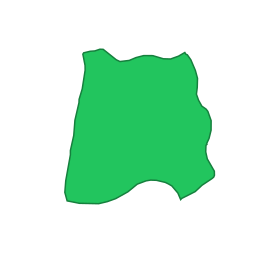 Colotenango, Huehuetenango, Guatemala, rotated 157°
{"feature_id": "79465075B36067757797746", "entity_name": "Colotenango", "entity_type": "district", "adm_level": 2, "iso_a3": "GTM", "parent_name": "Guatemala", "parent_adm1": "Huehuetenango", "projection": "mercator", "projection_center": [-91.718, 15.443], "detail": "fine", "context": "isolated", "style": "filled", "palette": "green", "viewbox_px": 256, "rotation_deg": 157, "n_neighbors": 0, "source": "geoboundaries", "source_scale": "gbopen_adm2", "svg_char_len": 936}
<svg xmlns="http://www.w3.org/2000/svg" viewBox="0 0 256 256"><g transform="rotate(157 128 128)"><path d="M212.5,84.7L202.2,77.7L184.6,69.8L175.8,68.3L166.9,67.8L153.0,69.3L141.4,72.7L132.1,72.3L127.5,71.2L122.2,68.7L115.0,63.4L112.7,60.8L110.3,57.6L107.5,48.6L107.5,41.5L106.1,42.2L91.0,43.2L82.2,46.4L70.5,48.6L68.3,49.3L66.9,50.7L65.4,54.5L67.1,68.5L65.8,75.6L63.0,81.6L61.7,82.1L61.5,83.1L57.5,86.7L52.4,93.5L48.6,102.3L48.0,112.0L48.7,114.8L51.5,119.3L52.2,126.0L51.8,132.4L48.4,138.3L44.6,146.6L43.5,154.7L43.5,166.2L44.8,172.2L45.9,173.3L46.2,175.3L53.5,174.4L61.9,174.9L68.4,177.9L76.9,184.9L85.2,188.5L93.2,189.7L100.4,189.7L109.4,192.3L112.1,195.3L120.1,210.1L123.1,211.5L128.4,211.9L132.8,213.4L139.4,214.5L140.7,213.6L143.1,202.3L144.9,197.9L154.9,181.8L161.8,173.5L163.2,170.5L173.8,155.9L180.8,142.4L189.8,129.8L191.5,125.8L205.9,103.8L211.3,93.4L212.5,84.7Z" fill="#22c55e" stroke="#15803d" stroke-width="1.5"/></g></svg>